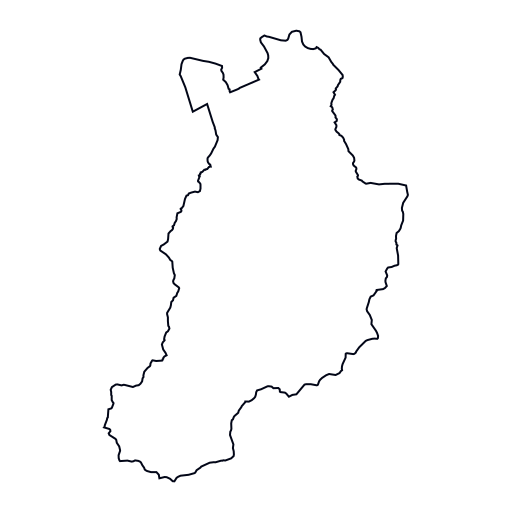 Atel, Sibiu, Romania (Robinson projection)
{"feature_id": "2599482B64113927200827", "entity_name": "Atel", "entity_type": "district", "adm_level": 2, "iso_a3": "ROU", "parent_name": "Romania", "parent_adm1": "Sibiu", "projection": "robinson", "projection_center": [24.475, 46.158], "detail": "fine", "context": "isolated", "style": "outline", "palette": "ink", "viewbox_px": 512, "rotation_deg": 0, "n_neighbors": 0, "source": "geoboundaries", "source_scale": "gbopen_adm2", "svg_char_len": 6033}
<svg xmlns="http://www.w3.org/2000/svg" viewBox="0 0 512 512"><path d="M159.4,478.3L164.7,477.0L166.7,477.2L170.1,478.8L172.7,481.2L174.4,481.3L176.6,477.8L178.1,476.8L180.5,475.7L188.6,474.8L194.6,473.1L195.3,472.5L196.6,470.2L200.4,467.6L201.2,466.6L209.7,462.7L213.8,462.2L215.4,462.3L221.0,460.7L222.6,460.7L223.2,460.3L225.3,460.5L231.1,458.4L233.6,456.1L233.9,454.4L233.7,451.2L232.9,448.1L233.4,444.4L230.0,435.0L230.3,431.7L231.0,430.4L231.4,428.9L231.2,423.4L231.8,420.2L232.9,419.4L233.9,416.8L234.6,415.9L238.2,412.8L238.8,410.6L241.3,407.2L241.7,406.2L245.2,402.2L245.3,401.5L248.9,401.6L251.7,400.2L254.1,398.2L255.2,396.8L255.9,394.5L256.2,392.2L257.1,390.4L261.0,389.3L267.5,386.3L268.7,386.2L271.6,386.6L273.4,388.2L278.3,388.0L279.7,389.3L279.9,391.7L280.6,392.1L284.9,392.6L286.3,393.6L288.9,396.7L292.4,394.9L296.4,394.3L304.5,384.6L306.1,384.2L310.8,384.2L316.7,385.3L317.4,385.1L317.9,384.7L319.1,381.3L320.1,379.8L322.1,377.9L326.2,375.2L329.1,374.0L335.6,375.0L339.5,373.1L340.9,371.1L342.1,370.2L341.8,368.6L342.0,366.3L342.6,364.1L345.6,357.6L345.7,353.8L346.0,353.5L347.0,353.2L353.3,354.1L354.4,353.8L355.8,352.6L356.2,351.5L359.2,347.3L365.7,340.9L367.4,340.1L372.2,338.8L374.5,338.6L377.3,338.8L377.9,338.1L378.1,335.9L377.0,332.8L375.9,330.7L371.4,324.2L371.8,320.0L369.8,315.0L367.1,311.2L366.6,309.2L366.8,308.3L368.8,302.1L369.4,299.3L370.7,296.6L373.5,295.4L376.5,291.2L376.3,291.1L376.6,290.0L383.1,289.1L385.0,288.0L386.8,286.0L385.5,282.1L385.4,280.8L385.8,278.4L387.0,276.9L387.2,275.4L385.6,271.5L387.2,268.5L388.1,267.5L391.6,267.0L394.6,265.7L396.7,265.3L398.0,264.7L398.3,264.1L398.1,255.6L396.7,248.1L397.5,245.4L396.4,244.5L396.4,242.9L395.6,241.3L395.7,239.9L396.1,238.9L396.0,236.0L396.6,233.0L398.8,231.2L400.1,229.2L400.7,227.9L401.2,225.4L403.1,220.6L403.3,214.0L402.8,211.7L402.1,210.6L401.9,207.9L403.2,202.8L407.4,196.3L407.9,194.9L407.2,191.8L406.1,185.5L398.1,183.7L384.7,183.8L379.0,184.4L370.6,182.9L366.3,183.7L365.7,183.6L362.4,181.4L361.8,180.6L358.8,179.5L357.7,178.5L357.3,176.6L357.9,175.9L358.0,175.2L355.8,171.6L355.7,170.9L356.4,169.0L356.3,168.0L356.0,167.4L353.6,165.5L353.0,164.1L353.0,163.1L354.1,161.5L354.4,160.5L354.1,157.8L352.8,155.5L348.5,151.2L348.3,149.1L346.0,144.0L344.1,140.9L344.1,139.7L343.1,137.6L341.4,135.8L339.4,135.0L339.3,134.1L338.5,133.2L336.6,131.7L335.5,130.1L335.3,129.3L336.4,126.8L336.4,125.2L334.6,122.4L336.6,121.1L336.9,119.8L336.7,118.9L335.5,117.5L335.6,116.0L335.2,115.1L332.2,111.1L332.2,110.4L332.8,109.6L332.4,107.8L331.9,107.0L330.7,106.2L331.5,104.9L331.3,103.4L331.7,102.0L332.7,99.4L333.5,98.5L334.3,95.7L335.0,94.8L333.5,92.2L335.6,90.3L336.0,89.6L335.7,88.8L335.9,88.3L337.6,86.4L337.9,85.2L340.2,81.8L340.3,80.0L340.8,78.8L342.4,78.2L342.8,76.9L342.6,75.0L338.5,70.0L333.2,64.7L332.8,63.8L331.3,62.0L328.6,57.3L324.1,54.0L320.6,49.7L319.5,49.3L318.2,47.9L316.6,47.1L315.9,48.3L315.0,48.6L313.2,49.1L310.6,48.9L307.8,48.1L305.1,46.5L303.3,44.5L302.0,41.5L301.5,36.8L300.5,32.3L299.4,31.3L296.3,30.7L291.9,31.8L289.4,34.5L288.2,38.7L287.4,39.9L285.7,40.7L280.9,40.3L268.9,36.8L266.8,36.5L264.4,35.5L261.8,37.1L260.3,38.4L260.2,39.8L260.9,42.4L264.0,46.5L267.6,53.2L268.2,55.5L268.3,58.1L267.3,61.1L264.8,64.4L260.8,67.6L261.4,68.7L254.7,72.1L257.4,76.0L258.4,78.8L259.0,79.6L239.5,88.0L239.0,88.6L236.8,89.6L230.1,92.3L229.6,91.2L229.6,89.4L228.6,88.8L227.6,85.2L225.8,82.1L223.2,79.7L223.6,77.4L223.5,74.6L222.9,73.0L221.4,70.8L221.2,69.6L222.1,67.8L222.0,66.0L215.5,63.6L208.9,61.8L203.1,60.9L190.1,57.8L187.8,57.9L184.8,58.7L183.5,59.6L182.7,61.0L181.5,64.2L180.8,69.7L179.7,74.5L180.7,76.1L185.3,87.3L192.8,111.7L207.1,104.0L212.7,121.9L214.8,127.4L214.7,128.1L215.5,130.4L216.2,134.6L217.9,137.1L217.6,140.1L214.9,146.7L213.5,148.6L211.1,153.5L209.8,155.4L207.8,157.7L207.5,158.8L207.6,161.1L208.0,162.3L209.0,163.8L210.2,164.6L210.7,166.5L209.9,166.4L209.6,166.9L208.9,167.0L207.3,169.0L205.8,169.3L205.5,169.8L204.4,169.7L202.3,171.9L200.7,172.4L200.6,173.4L200.1,173.7L200.2,174.2L199.7,174.9L199.6,175.3L199.2,175.4L199.5,175.9L199.0,176.0L199.4,177.1L198.0,180.8L198.1,181.5L199.0,182.1L200.3,183.7L200.5,184.7L200.5,188.6L199.9,191.1L197.9,192.2L195.0,191.6L191.2,192.6L188.8,193.5L188.0,195.2L186.5,195.6L185.0,198.9L183.4,206.0L181.6,208.3L180.9,208.5L180.6,208.9L181.4,210.3L181.4,211.0L180.8,211.9L177.4,213.3L176.6,217.4L176.7,219.0L176.0,221.0L174.7,222.9L174.0,225.3L172.6,226.3L172.5,226.8L173.1,227.6L172.9,228.8L172.0,230.1L170.6,231.1L168.5,233.5L168.1,239.1L167.5,241.6L163.7,244.5L161.1,245.9L159.8,248.8L159.9,249.7L160.4,250.6L165.9,254.3L168.9,257.6L170.3,260.0L171.7,260.9L172.3,261.7L172.7,267.7L173.9,273.2L174.8,275.1L174.3,278.4L173.5,279.9L173.1,281.2L173.3,282.2L173.6,283.2L174.7,284.3L178.8,287.4L179.2,288.2L178.2,291.5L177.3,292.8L176.3,295.9L173.6,297.7L173.0,300.3L171.3,302.0L170.9,305.2L170.3,307.6L167.1,312.9L167.1,314.2L167.9,317.3L167.9,321.1L168.3,325.9L169.0,326.8L169.4,328.6L167.9,331.3L166.2,332.5L164.6,336.5L164.1,339.2L164.5,339.7L164.6,340.3L162.8,342.3L161.9,344.5L163.2,349.5L165.5,352.8L166.6,355.3L164.5,356.4L163.4,357.7L163.2,358.8L162.6,359.3L162.4,360.4L162.1,360.6L156.2,361.0L152.6,360.3L152.2,360.5L150.5,363.4L150.3,365.4L149.9,366.2L147.6,367.9L144.3,371.7L143.4,375.4L143.5,377.0L142.6,378.3L142.1,381.4L140.4,383.8L138.7,385.2L136.1,385.6L132.9,387.0L124.6,384.9L123.5,384.8L121.6,385.4L117.3,384.4L115.7,384.6L111.9,387.1L110.7,389.8L111.2,392.0L111.2,395.0L111.7,395.8L111.7,400.1L112.8,402.2L113.4,402.8L113.5,403.5L111.9,407.7L111.3,408.4L108.4,409.3L107.8,417.5L107.2,418.1L106.9,419.8L104.9,425.0L104.5,426.9L104.1,427.4L109.4,429.0L110.2,429.8L110.4,431.2L108.7,433.3L109.4,435.0L115.5,438.9L116.2,439.8L116.8,442.8L119.2,446.4L120.0,449.8L120.1,450.8L118.6,455.2L118.7,458.2L119.5,460.5L120.0,461.1L127.4,460.6L131.7,461.6L133.3,461.3L135.1,460.4L138.4,460.9L140.1,461.7L140.9,462.4L142.4,465.3L144.1,467.7L144.7,469.4L145.4,470.1L147.0,471.0L150.9,472.1L156.4,472.1L158.8,474.7L159.4,478.3Z" fill="none" stroke="#020617" stroke-width="2"/></svg>